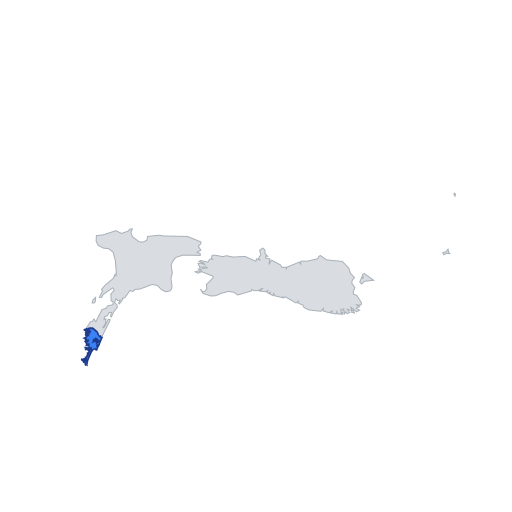 Far North District, Northland, New Zealand shown in context, rotated 239°
{"feature_id": "76426892B75799514296056", "entity_name": "Far North District", "entity_type": "district", "adm_level": 2, "iso_a3": "NZL", "parent_name": "New Zealand", "parent_adm1": "Northland", "projection": "orthographic", "projection_center": [173.629, -35.034], "detail": "fine", "context": "in_parent", "style": "filled", "palette": "blue", "viewbox_px": 512, "rotation_deg": 239, "n_neighbors": 0, "source": "geoboundaries", "source_scale": "gbopen_adm2", "svg_char_len": 8867}
<svg xmlns="http://www.w3.org/2000/svg" viewBox="0 0 512 512"><g transform="rotate(239 256 256)"><path d="M259.4,208.3L261.3,208.4L269.9,201.8L273.5,200.3L274.5,200.2L272.5,202.2L272.9,203.6L270.9,208.1L272.6,207.4L273.7,204.3L274.8,203.7L274.4,201.9L279.6,202.5L277.8,205.7L275.0,207.5L276.7,207.6L280.7,204.4L280.6,206.3L275.5,211.7L277.1,214.7L275.7,217.1L277.2,216.8L279.1,218.7L277.9,221.2L272.4,227.4L271.6,230.6L266.7,236.1L261.3,246.4L251.5,253.1L253.4,254.9L250.0,257.4L252.7,256.9L254.6,260.8L259.0,262.0L259.4,265.8L256.5,266.8L253.7,265.1L249.7,265.8L251.0,264.3L249.3,263.2L246.4,266.4L242.1,262.8L244.5,267.1L236.1,272.2L232.6,272.6L231.4,275.3L229.4,275.6L230.6,276.4L228.4,290.1L226.0,290.1L228.2,291.5L227.9,292.9L225.3,296.9L221.9,307.4L223.3,309.8L223.2,311.5L216.4,314.4L206.9,327.2L197.9,329.3L192.6,328.1L186.8,329.3L185.5,325.8L183.4,324.1L178.0,324.5L175.2,320.8L172.9,319.9L170.5,322.1L162.1,322.3L160.5,321.8L160.0,320.4L162.9,316.3L160.2,318.6L158.9,318.5L159.9,316.7L159.7,315.0L156.3,316.9L156.3,313.5L163.8,310.8L160.7,310.7L160.4,309.6L163.3,306.8L159.2,307.4L159.7,304.3L161.9,304.2L160.9,302.1L165.6,304.0L164.9,302.0L166.6,301.2L163.3,299.9L163.1,297.7L164.5,296.0L166.7,296.6L165.1,294.8L168.6,290.8L169.7,293.6L169.7,289.5L174.3,285.2L176.3,286.7L175.2,283.1L182.8,273.3L187.2,270.6L189.8,270.9L193.8,267.9L195.7,268.9L194.9,266.9L195.4,265.9L206.0,260.1L205.9,258.3L207.1,258.0L206.3,257.6L212.3,251.5L214.8,251.8L213.2,250.2L215.8,248.6L218.3,249.7L216.8,247.9L219.1,246.7L220.3,248.2L220.3,245.9L224.0,241.2L224.8,244.9L225.2,244.4L224.9,240.6L227.5,236.2L229.5,235.2L228.4,234.0L232.0,220.3L236.1,218.5L239.7,214.4L242.0,206.8L242.7,201.0L244.9,196.8L251.1,191.3L256.3,191.3L252.7,191.8L252.2,194.6L253.3,197.0L257.1,198.7L259.4,208.3ZM255.7,56.3L261.7,66.3L264.7,63.2L265.2,65.5L271.0,68.3L272.1,67.3L276.9,70.0L277.6,73.5L280.8,72.3L284.9,80.0L284.2,81.9L285.5,84.6L282.1,84.8L289.4,96.4L288.5,100.5L289.7,103.3L287.8,108.4L290.9,110.0L292.0,108.7L298.2,112.0L299.7,116.9L302.5,116.8L301.7,105.2L299.9,102.2L301.3,100.4L305.2,106.6L306.9,106.3L308.6,111.4L310.4,122.3L312.8,125.7L311.5,125.1L311.2,126.0L312.4,127.0L324.1,132.9L332.9,135.5L338.1,133.5L341.3,129.3L346.5,126.1L351.1,126.6L355.7,129.7L352.9,135.6L349.9,148.8L344.6,152.4L343.2,159.1L344.0,161.9L342.9,164.0L340.9,161.0L336.3,160.0L328.4,163.1L326.1,166.3L325.7,170.5L328.6,173.2L323.5,184.0L320.8,187.0L308.1,207.3L296.5,216.0L295.0,215.1L294.1,211.6L289.3,211.7L289.7,207.6L289.1,207.2L287.2,209.5L285.2,208.6L294.4,193.7L296.1,186.3L294.5,182.3L292.0,178.6L284.4,175.4L280.7,171.6L273.4,168.5L271.3,166.6L270.4,164.2L271.8,160.2L275.8,157.7L281.6,156.2L285.1,152.3L287.4,139.7L289.6,135.1L289.0,132.2L291.3,130.2L287.8,122.1L288.5,119.7L287.4,119.3L285.3,114.2L286.6,114.0L288.0,116.9L289.2,114.5L291.5,114.0L288.9,110.8L285.6,111.7L283.4,110.7L281.7,105.8L278.2,100.5L279.3,100.3L282.1,103.0L283.1,100.9L281.3,97.9L282.0,94.8L279.7,93.0L279.5,95.0L275.5,92.1L273.3,87.3L273.3,89.7L277.9,96.7L276.6,98.2L275.8,97.5L264.1,79.0L268.0,73.9L265.6,74.9L263.4,78.0L262.3,76.8L261.5,74.4L258.6,71.4L259.9,69.5L260.0,67.1L250.9,54.5L257.2,53.9L255.7,56.3ZM180.3,331.6L183.6,336.0L181.9,335.8L182.0,336.8L185.2,337.6L185.3,339.7L174.6,344.4L178.3,336.4L177.7,331.9L180.3,331.6ZM161.8,421.3L163.0,424.1L159.6,422.9L157.9,423.7L160.2,420.7L160.3,417.6L162.7,417.8L161.8,421.3ZM302.4,93.6L303.1,97.2L299.4,94.5L299.2,92.6L300.2,91.4L302.4,93.6ZM273.0,199.0L270.7,200.3L271.2,197.4L273.8,195.6L273.0,199.0ZM159.7,309.8L159.5,311.5L156.4,311.0L158.6,309.0L159.7,309.8ZM206.9,457.3L207.7,458.4L206.3,458.9L204.8,457.4L206.9,457.3ZM162.4,299.0L163.3,301.7L161.2,300.5L162.4,299.0Z" fill="#d9dde1" stroke="#a8b0b8" stroke-width="1"/><path d="M280.6,73.6L280.3,73.0L280.4,72.5L280.9,72.5L280.9,72.4L280.4,72.5L280.7,72.1L280.3,72.0L280.7,71.8L280.8,71.2L281.2,71.1L281.1,70.7L280.4,71.0L280.6,71.3L280.3,71.3L280.2,71.9L279.9,72.0L279.8,71.7L279.7,71.7L279.6,71.8L279.7,72.1L279.3,72.3L279.8,72.7L279.1,72.6L279.2,72.4L278.4,72.4L278.5,72.6L278.8,72.4L278.8,72.5L278.8,73.1L278.2,72.7L278.2,72.9L278.3,72.8L278.5,73.0L278.0,73.0L277.1,72.2L277.0,72.6L277.7,73.3L277.0,73.1L277.2,73.7L277.9,73.7L278.0,73.3L278.2,73.6L278.4,73.4L278.4,73.7L278.5,73.8L278.7,73.4L278.9,73.7L278.6,73.8L279.2,74.1L278.8,74.5L278.8,74.0L277.8,73.8L277.5,74.0L278.2,74.2L277.6,74.2L277.4,74.5L277.4,73.9L277.2,74.5L276.9,74.5L277.0,74.7L277.1,74.8L277.5,75.0L276.8,74.9L276.8,74.4L277.1,74.2L276.8,74.2L276.8,74.3L276.6,74.3L277.2,73.8L276.8,73.7L276.4,72.9L276.2,73.2L275.9,73.0L276.2,72.9L276.0,72.7L276.5,72.9L276.3,72.1L276.0,71.9L276.2,71.5L275.8,71.3L275.7,71.7L275.5,71.4L274.5,71.5L274.4,71.7L274.2,71.6L275.1,71.0L275.9,71.1L275.0,70.6L275.0,70.3L274.6,70.3L274.7,70.5L274.5,70.2L275.0,69.8L275.6,70.5L275.7,70.0L276.2,70.0L276.3,70.3L275.8,70.3L276.2,71.1L277.3,70.3L276.7,70.2L276.3,69.3L274.3,69.4L273.8,68.8L273.6,68.2L273.8,67.9L273.3,67.6L273.5,67.3L273.0,67.0L272.3,67.2L272.0,66.7L272.4,66.5L270.4,67.0L270.8,67.1L270.9,67.6L270.5,67.5L270.8,67.9L270.6,67.9L270.3,67.6L270.1,68.2L270.4,68.4L270.1,68.3L270.1,68.7L269.4,68.0L270.3,67.3L269.8,66.9L270.4,66.7L269.6,66.6L269.4,65.6L268.4,66.0L267.9,65.3L267.1,65.5L266.8,64.8L266.2,65.6L266.3,66.4L266.6,66.1L266.8,66.4L266.8,67.0L266.6,67.1L266.6,66.7L266.5,67.0L266.2,66.3L265.1,66.6L264.3,66.3L263.4,65.2L263.3,64.1L264.1,64.0L265.1,63.3L264.6,63.0L264.8,62.8L264.0,63.0L263.8,61.8L263.5,63.1L261.7,63.6L262.7,65.7L262.3,67.0L262.1,66.6L261.9,67.2L261.6,67.0L261.8,66.7L261.1,66.8L261.1,66.6L260.8,66.9L261.1,67.2L260.8,66.9L260.8,67.0L260.7,67.2L260.8,66.6L260.5,66.6L260.4,66.0L260.8,65.3L260.6,65.4L260.4,65.2L261.4,65.0L261.6,64.3L260.0,63.8L259.2,62.7L258.9,63.0L258.9,62.9L257.8,61.3L258.7,61.7L258.9,62.4L259.3,62.7L259.5,62.8L259.6,62.3L259.1,61.8L259.3,61.5L258.8,61.4L257.0,59.3L256.1,56.1L255.6,56.2L256.2,57.1L255.9,58.2L255.4,57.6L255.7,57.5L255.3,57.4L255.9,57.1L255.7,56.8L255.4,56.6L255.0,57.5L254.7,57.3L255.1,57.1L254.6,56.8L255.1,56.7L255.4,56.1L254.9,56.7L254.1,56.7L253.6,56.4L254.4,56.2L253.8,56.0L253.8,55.7L254.3,55.7L254.6,56.2L255.0,55.8L254.5,55.4L254.9,55.3L254.3,55.0L254.5,54.7L255.1,54.8L254.9,55.2L255.2,54.8L255.4,54.9L254.9,55.5L255.2,55.6L255.4,55.2L255.5,55.2L255.5,55.5L255.9,55.4L255.7,55.9L256.4,55.8L256.6,53.8L257.2,53.5L256.9,53.1L256.4,53.1L255.7,53.8L253.7,53.5L253.3,54.2L252.5,54.5L250.4,53.7L250.3,54.6L249.7,54.9L250.6,55.3L250.9,56.0L251.5,56.3L253.6,58.4L258.5,65.3L259.6,67.6L259.6,69.5L259.0,70.7L257.8,70.5L257.5,71.1L259.5,73.4L260.3,72.5L259.8,73.2L260.2,73.4L259.4,73.5L260.4,75.3L260.8,74.8L260.5,74.3L261.1,74.2L260.6,73.9L261.0,74.0L261.2,73.4L261.4,73.5L261.5,73.0L261.1,74.3L260.8,74.4L261.6,74.4L260.7,74.8L260.5,75.4L263.0,78.5L263.3,78.5L263.3,77.9L263.6,77.7L263.4,76.7L264.0,76.4L263.5,76.0L263.5,75.5L263.8,76.0L264.2,75.6L264.0,75.4L264.3,75.6L264.3,75.9L264.5,75.5L264.6,75.9L265.4,75.8L265.3,75.4L264.8,75.2L264.5,75.0L264.4,74.8L264.8,74.9L264.9,75.2L265.1,74.9L265.3,74.9L265.4,75.4L266.4,75.2L266.5,74.3L266.1,73.8L266.1,72.9L266.5,72.6L266.3,72.5L266.3,72.4L266.3,72.2L266.6,72.6L266.2,72.9L266.6,74.4L267.0,74.1L266.8,73.8L266.9,73.5L267.2,74.1L267.0,74.3L267.3,74.5L267.7,73.6L268.3,73.6L267.8,73.8L268.0,74.0L267.8,74.5L267.3,74.9L267.4,75.1L266.8,74.7L266.7,75.4L266.4,75.3L266.2,75.9L266.1,76.2L266.6,76.0L267.0,76.0L267.3,76.2L267.4,76.7L267.6,76.6L267.9,76.6L267.4,76.7L267.2,76.2L266.6,76.0L266.5,76.5L266.2,76.6L266.3,76.4L266.0,76.3L265.8,75.6L265.6,76.3L266.2,76.9L265.7,77.1L265.4,75.9L265.0,75.9L265.2,76.4L264.6,76.1L264.6,76.5L265.1,76.7L264.7,76.6L265.1,77.0L264.3,76.2L264.2,77.3L263.9,77.4L264.4,77.7L264.1,77.6L263.6,78.8L263.2,78.9L265.4,82.0L265.8,81.1L267.5,81.5L267.5,80.4L270.4,80.2L270.6,80.4L270.7,80.2L272.1,80.8L273.4,80.6L273.3,80.4L273.7,80.1L275.2,80.1L275.9,79.7L275.8,79.4L277.5,79.4L277.9,78.4L278.7,78.5L278.7,78.1L279.1,77.7L279.4,76.6L279.8,76.6L279.6,76.1L280.2,75.5L280.2,74.9L279.8,74.4L279.6,73.6L280.2,74.0L280.6,73.6ZM274.1,66.4L273.7,66.7L273.9,67.1L274.0,67.1L274.1,66.4ZM279.4,71.7L278.9,71.5L279.2,71.9L279.4,71.7ZM278.7,71.9L278.3,71.8L278.5,72.0L278.7,71.9ZM276.9,71.5L276.3,71.5L276.5,71.6L276.9,71.5ZM270.9,65.8L270.8,66.0L271.0,66.0L270.9,65.8ZM278.2,72.0L277.8,72.1L278.2,72.1L278.2,72.0ZM278.9,71.4L279.0,71.4L278.9,71.4ZM274.1,67.4L274.0,67.5L274.3,67.5L274.1,67.4ZM272.4,66.4L272.4,66.2L272.4,66.4ZM270.7,67.3L270.4,67.3L270.5,67.4L270.7,67.3ZM278.8,71.7L278.6,71.7L278.7,71.8L278.8,71.7ZM267.3,74.6L267.2,74.7L267.3,74.7L267.3,74.6ZM249.7,54.9L249.6,54.7L249.6,54.9L249.7,54.9ZM261.4,66.4L261.3,66.6L261.4,66.4ZM261.9,66.7L262.0,66.7L261.9,66.7L261.9,66.7ZM278.9,71.2L278.7,71.2L278.7,71.3L278.9,71.2ZM274.4,66.8L274.3,66.7L274.4,66.8L274.4,66.8ZM263.4,61.9L263.4,62.0L263.5,61.9L263.4,61.9ZM279.1,72.0L279.0,71.9L279.1,72.0L279.1,72.0Z" fill="#3b82f6" stroke="#1e3a8a" stroke-width="1.5"/></g></svg>